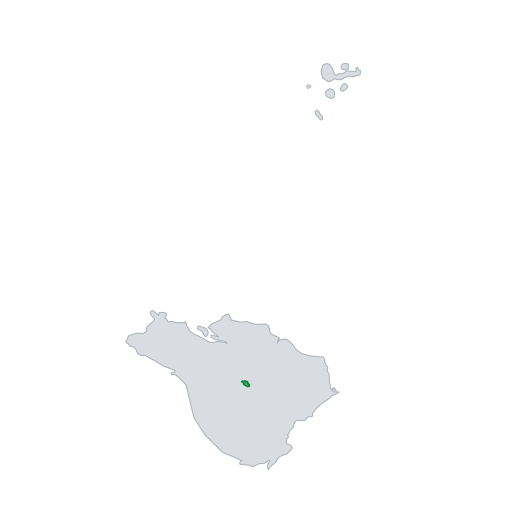 Patate, Tungurahua, Ecuador (highlighted), rotated 102°
{"feature_id": "8360857B3185299233317", "entity_name": "Patate", "entity_type": "district", "adm_level": 2, "iso_a3": "ECU", "parent_name": "Ecuador", "parent_adm1": "Tungurahua", "projection": "equal_earth", "projection_center": [-78.456, -1.283], "detail": "fine", "context": "in_parent", "style": "filled", "palette": "green", "viewbox_px": 512, "rotation_deg": 102, "n_neighbors": 0, "source": "geoboundaries", "source_scale": "gbopen_adm2", "svg_char_len": 5104}
<svg xmlns="http://www.w3.org/2000/svg" viewBox="0 0 512 512"><g transform="rotate(102 256 256)"><path d="M462.2,199.6L460.7,200.8L457.3,201.3L454.6,200.1L453.5,200.1L453.4,201.3L456.9,204.4L458.6,209.9L461.1,213.2L462.7,214.8L462.8,216.0L462.3,218.2L462.2,220.0L463.0,228.3L462.5,228.8L460.5,228.8L459.0,227.4L454.9,248.0L441.8,268.5L426.9,283.1L409.7,291.5L397.1,297.3L395.2,299.5L389.0,309.8L388.7,310.9L389.5,312.6L389.6,313.7L388.7,314.4L387.9,314.6L387.5,314.0L387.3,312.8L386.4,311.5L385.5,311.1L384.9,311.4L384.8,312.6L383.6,318.1L383.5,320.8L383.0,321.9L383.0,324.3L381.7,326.6L380.8,330.3L379.7,331.5L378.4,337.3L376.5,343.0L376.3,344.9L376.9,346.3L377.1,347.5L376.3,351.0L371.9,354.5L370.7,356.2L370.3,358.1L370.6,359.7L370.4,361.1L369.0,361.6L367.6,364.8L366.5,365.5L363.7,364.4L361.6,364.4L360.1,363.4L356.9,357.9L355.7,354.7L355.4,350.2L352.3,347.4L348.3,348.1L347.1,347.1L344.1,345.2L341.6,343.0L339.7,342.0L338.2,342.5L335.8,346.1L333.5,347.7L332.5,347.6L331.1,346.5L330.9,345.3L334.3,339.0L331.7,338.9L330.9,337.5L330.7,336.0L330.3,334.3L330.8,332.3L332.2,331.2L334.2,332.0L335.5,332.1L336.4,330.2L338.3,328.7L338.7,327.8L337.7,324.7L337.4,323.0L337.7,322.1L337.6,318.8L337.0,317.5L337.0,315.7L336.5,314.7L336.3,312.4L335.0,311.1L339.1,309.0L340.6,307.2L342.5,305.7L344.1,303.3L345.1,301.0L347.6,290.4L350.0,283.6L349.6,280.4L347.6,276.1L347.2,269.7L347.4,267.7L347.1,266.2L345.8,268.9L346.2,278.3L345.0,282.6L343.4,283.6L342.4,282.9L343.0,276.0L341.8,277.2L339.9,281.9L336.9,285.4L336.7,286.5L336.0,288.0L333.6,286.7L331.8,285.2L325.9,277.4L322.0,275.8L319.6,273.1L319.1,272.0L318.9,270.4L321.3,268.7L323.7,266.6L323.9,261.7L323.9,257.9L322.1,251.5L322.9,243.0L322.4,239.7L320.4,232.6L321.9,229.1L327.4,226.5L329.2,224.8L330.4,219.2L331.6,215.9L334.1,217.2L336.0,217.0L333.4,215.8L331.3,210.8L331.0,208.5L335.0,201.6L337.1,199.8L339.8,196.2L342.0,190.7L342.5,182.0L341.6,175.8L340.9,169.3L342.2,167.6L345.6,166.7L348.3,164.6L349.7,162.6L352.9,162.9L356.6,159.9L362.6,158.4L370.9,154.9L372.7,151.9L371.9,146.5L375.0,149.7L376.4,152.3L380.7,155.2L385.7,160.4L389.1,163.0L392.7,165.4L397.9,167.9L401.1,167.5L402.5,171.3L403.7,172.5L406.7,173.8L407.0,174.3L408.2,181.5L408.8,182.6L411.5,183.7L414.7,184.1L416.0,183.9L418.8,185.9L423.2,187.5L424.7,187.7L425.4,187.4L425.7,186.7L427.0,186.8L428.9,187.8L431.6,187.9L433.3,187.1L433.7,183.1L434.3,182.2L436.2,180.7L437.3,181.0L442.4,184.2L443.4,185.3L444.7,187.5L447.1,190.8L449.7,192.9L453.8,193.8L457.6,197.3L462.2,199.6ZM58.6,195.1L60.2,197.3L61.0,203.5L66.1,210.1L66.7,213.8L66.3,215.5L66.5,216.2L69.0,218.8L70.5,221.5L67.9,227.9L62.2,230.6L56.1,230.5L54.9,229.8L53.3,227.4L53.0,225.2L53.9,223.1L57.1,220.0L61.8,217.1L62.4,215.0L60.5,212.8L59.2,208.7L56.2,205.7L54.7,196.7L53.6,196.3L51.6,197.5L50.6,196.4L50.4,195.9L52.6,193.8L53.1,192.4L56.4,191.7L57.8,192.8L58.6,195.1ZM82.3,222.2L81.0,222.2L77.0,218.9L77.3,215.7L78.9,213.5L83.9,212.4L86.1,214.5L85.9,218.3L84.1,221.2L82.8,221.7L82.3,222.2ZM339.8,297.0L339.4,298.3L337.0,298.2L336.3,297.8L336.9,291.5L337.5,289.5L339.5,287.6L341.1,286.7L343.2,286.9L345.4,288.6L342.8,291.8L340.8,292.7L339.8,297.0ZM54.7,211.6L52.2,212.2L50.1,211.0L49.2,209.2L49.0,206.5L49.2,205.6L53.9,204.6L55.4,206.9L55.4,210.3L54.7,211.6ZM105.4,226.9L102.4,228.3L100.8,227.0L100.6,226.2L102.3,224.1L103.9,222.9L105.3,220.5L107.9,219.1L108.7,219.4L109.2,219.9L109.4,220.7L108.5,222.7L106.9,224.0L105.4,226.9ZM76.2,207.3L75.1,208.3L70.3,207.1L68.8,205.2L70.0,202.5L71.0,201.4L73.9,202.4L76.8,205.4L76.2,207.3ZM80.1,241.5L79.0,241.6L77.6,240.1L78.7,237.5L80.7,238.9L81.2,239.9L80.1,241.5ZM370.7,153.3L369.2,153.6L368.6,152.0L370.3,150.1L370.9,149.7L370.7,153.3Z" fill="#d9dde1" stroke="#a8b0b8" stroke-width="1"/><path d="M385.0,235.9L384.9,235.9L384.7,235.8L384.7,235.7L384.6,235.4L384.4,235.4L384.2,235.5L383.9,235.5L383.9,235.8L383.8,236.0L383.7,236.0L383.4,236.2L383.2,236.1L383.0,236.4L382.9,236.3L382.7,236.4L382.7,236.5L382.6,236.9L382.5,237.0L382.5,237.3L382.4,237.5L382.2,237.7L382.2,237.8L381.9,237.9L381.7,237.8L381.5,237.7L381.4,237.7L381.3,237.8L381.2,237.8L380.9,237.9L380.9,238.0L380.7,238.1L380.5,238.3L380.5,238.5L380.6,238.8L380.7,239.0L380.8,239.2L380.8,239.3L380.7,239.5L380.8,239.6L380.7,239.6L380.7,239.8L380.6,240.0L380.5,240.3L380.5,240.5L380.6,240.8L380.7,241.0L380.7,241.3L380.8,241.5L381.0,241.7L381.0,241.8L381.1,242.0L381.2,242.3L381.2,242.5L381.1,242.8L381.1,243.0L381.3,243.0L381.5,243.1L381.5,243.3L381.6,243.5L381.7,243.8L381.8,243.8L381.8,243.7L382.0,243.7L382.0,243.4L382.0,243.2L382.0,242.9L382.0,242.7L382.0,242.4L382.0,242.5L382.0,242.4L382.1,242.2L382.3,242.1L382.5,242.0L382.7,241.9L382.8,241.9L383.1,241.7L383.3,241.7L383.3,241.4L383.4,241.2L383.5,241.2L383.4,241.1L383.4,240.9L383.5,240.9L383.7,241.0L383.8,241.0L384.0,241.0L384.3,241.0L384.4,240.8L384.4,240.7L384.4,240.4L384.5,240.2L384.6,239.9L384.8,239.7L385.0,239.4L384.9,239.1L384.9,238.9L385.0,238.6L385.2,238.3L385.2,238.1L385.2,237.7L385.3,237.5L385.4,237.3L385.4,237.2L385.2,237.0L385.3,236.8L385.4,236.7L385.2,236.6L385.2,236.4L385.1,236.2L385.0,235.9Z" fill="#22c55e" stroke="#15803d" stroke-width="1.5"/></g></svg>